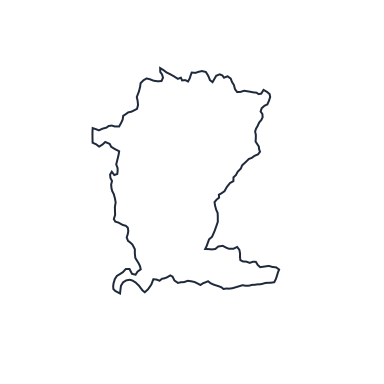 Nazareno, Minas Gerais, Brazil, rotated 33°
{"feature_id": "56859067B84580944201233", "entity_name": "Nazareno", "entity_type": "district", "adm_level": 2, "iso_a3": "BRA", "parent_name": "Brazil", "parent_adm1": "Minas Gerais", "projection": "orthographic", "projection_center": [-44.605, -21.212], "detail": "fine", "context": "isolated", "style": "outline", "palette": "slate", "viewbox_px": 384, "rotation_deg": 33, "n_neighbors": 0, "source": "geoboundaries", "source_scale": "gbopen_adm2", "svg_char_len": 3396}
<svg xmlns="http://www.w3.org/2000/svg" viewBox="0 0 384 384"><g transform="rotate(33 192 192)"><path d="M92.1,121.5L90.5,124.6L89.6,128.7L91.3,132.3L92.7,136.5L94.0,142.5L96.5,144.9L99.3,148.3L100.6,152.2L99.1,154.9L97.4,157.7L95.1,160.0L94.1,162.7L92.8,165.6L94.4,169.0L94.9,172.5L95.2,176.7L91.6,179.1L88.5,180.0L86.2,182.0L85.1,184.7L82.5,187.6L80.3,191.0L77.4,191.6L73.9,192.5L75.5,195.3L77.2,198.0L79.6,201.6L81.8,204.8L85.7,204.2L89.4,204.5L91.1,200.9L92.0,197.3L96.8,196.5L99.6,198.1L104.0,198.0L108.7,197.5L110.1,200.6L111.8,205.4L113.4,210.1L116.6,212.5L118.2,214.9L119.5,217.6L117.6,220.1L113.7,218.7L113.8,222.0L116.0,224.7L118.9,226.3L120.2,229.9L122.4,232.7L124.6,234.7L127.6,236.4L131.0,239.5L133.7,242.4L135.5,246.6L137.5,249.5L140.0,253.1L141.2,257.3L143.8,258.6L147.0,257.7L151.6,257.4L154.9,256.4L157.6,256.9L159.8,259.4L161.0,262.1L162.0,265.7L164.9,267.8L167.7,268.0L170.6,268.5L175.2,271.1L177.7,274.9L180.4,278.2L183.8,279.8L186.5,281.1L188.9,282.6L191.1,284.8L189.7,288.4L189.7,292.1L186.2,293.3L181.5,290.6L178.4,292.7L177.7,296.9L176.3,300.0L174.7,303.3L174.7,307.0L175.9,311.2L177.1,313.8L178.9,316.2L181.7,316.8L186.9,316.3L185.0,312.5L183.5,309.3L183.4,305.3L185.0,301.9L187.6,299.5L190.1,298.7L194.0,298.6L198.6,299.5L201.6,300.6L204.1,301.5L207.0,301.8L208.1,297.5L208.3,291.8L207.7,289.0L207.1,286.2L210.1,284.7L213.1,284.1L214.1,281.1L216.0,279.3L217.7,276.9L219.2,273.8L221.8,273.6L225.5,275.8L229.7,275.9L231.9,273.7L234.4,271.9L236.8,268.8L240.2,267.2L243.2,266.1L246.4,265.7L249.7,265.4L250.9,262.6L252.5,260.4L254.1,258.1L257.2,258.4L261.0,257.8L265.3,256.6L268.5,255.9L271.2,256.2L273.3,254.3L275.7,252.9L278.2,250.8L280.1,248.6L282.5,245.8L285.1,242.7L288.2,241.3L291.0,239.4L292.9,237.2L295.1,235.7L297.2,233.8L299.4,232.3L301.4,230.3L303.1,228.3L305.4,226.6L307.6,225.1L310.1,222.9L309.7,219.1L308.7,215.4L307.9,212.8L307.3,209.6L303.6,209.4L300.4,211.0L296.6,212.2L293.2,215.2L290.1,217.9L286.9,217.4L283.6,215.8L281.2,217.2L279.0,220.0L275.5,220.8L272.6,222.5L269.7,222.8L267.7,220.5L265.8,217.4L263.2,214.7L259.8,213.5L257.6,217.1L253.6,219.6L250.8,220.1L247.1,220.4L243.7,223.4L242.6,227.1L240.0,229.3L237.3,230.7L234.1,232.6L233.7,229.3L233.0,226.3L232.1,222.4L233.2,218.6L232.2,212.5L231.0,207.4L229.9,203.0L227.3,199.0L225.0,195.7L221.8,193.6L218.8,190.9L216.4,188.2L216.8,185.0L217.8,182.0L216.0,179.6L217.3,177.3L218.8,173.7L218.5,168.8L219.0,163.7L220.8,160.4L218.8,157.1L219.6,153.9L219.3,150.1L220.2,145.7L219.5,142.4L220.6,138.2L221.7,133.3L223.5,130.9L224.7,127.7L226.9,124.4L227.1,121.2L224.9,119.5L223.3,117.5L220.9,116.4L217.9,115.1L216.2,112.1L214.5,109.4L212.0,106.9L211.2,104.0L211.1,101.3L210.5,97.2L210.9,93.6L210.5,90.8L208.6,88.3L205.7,87.1L204.8,83.8L205.8,80.2L207.5,77.5L206.8,73.3L205.8,69.7L203.7,67.6L200.4,67.2L196.4,67.4L196.5,71.8L194.6,73.6L191.9,73.6L189.5,74.9L186.5,76.1L183.5,77.4L180.6,78.7L178.2,81.6L175.4,83.6L172.0,82.3L168.8,79.4L165.7,78.0L162.7,75.8L158.8,75.6L156.6,78.7L154.0,77.7L151.2,78.2L149.0,81.3L149.2,85.2L149.4,88.7L146.1,88.4L143.7,86.6L141.5,85.3L138.2,83.8L134.4,85.2L132.0,87.7L130.0,90.2L126.7,92.0L127.3,94.7L128.2,97.9L128.5,101.5L125.5,101.8L122.9,103.8L120.4,102.2L118.5,104.8L114.5,104.8L109.4,105.1L105.7,105.6L101.3,105.3L97.8,105.4L100.0,108.6L102.8,109.7L105.4,111.9L106.0,115.5L103.2,117.7L99.1,119.6L95.2,120.4L92.1,121.5Z" fill="none" stroke="#1e293b" stroke-width="2"/></g></svg>